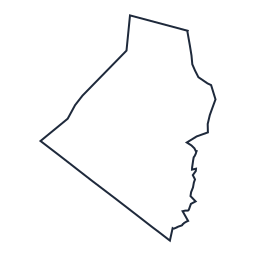 outline of Suleja, Niger, Nigeria
{"feature_id": "59680162B91872344495309", "entity_name": "Suleja", "entity_type": "district", "adm_level": 2, "iso_a3": "NGA", "parent_name": "Nigeria", "parent_adm1": "Niger", "projection": "orthographic", "projection_center": [7.183, 9.219], "detail": "fine", "context": "isolated", "style": "outline", "palette": "slate", "viewbox_px": 256, "rotation_deg": 0, "n_neighbors": 0, "source": "geoboundaries", "source_scale": "gbopen_adm2", "svg_char_len": 1008}
<svg xmlns="http://www.w3.org/2000/svg" viewBox="0 0 256 256"><path d="M169.9,240.6L172.6,228.3L173.1,228.7L173.5,228.5L174.0,228.6L175.1,228.1L175.6,228.0L176.6,227.4L176.9,227.4L177.4,227.0L178.9,226.4L181.3,225.6L182.2,225.2L182.5,224.5L182.9,224.0L183.3,223.9L184.1,223.0L186.3,221.7L188.1,220.9L187.7,220.2L182.6,211.2L185.3,210.6L187.9,210.6L188.8,209.8L190.9,203.9L195.6,201.4L190.5,196.1L191.1,192.2L193.0,187.4L193.9,182.4L195.0,179.4L192.8,175.1L195.8,171.0L196.0,168.7L192.0,169.6L192.1,167.5L192.8,162.8L193.1,160.6L193.7,157.3L194.6,156.1L195.8,153.6L196.2,152.1L196.6,151.1L195.7,150.9L194.4,148.3L191.4,145.4L186.8,142.5L196.7,136.4L207.9,132.4L207.7,124.0L209.8,115.1L211.7,109.8L215.5,99.4L211.1,85.1L207.5,83.4L198.4,77.2L195.0,70.5L192.3,64.3L191.5,55.6L189.9,45.7L187.4,31.6L187.7,30.8L130.0,15.4L126.5,50.6L82.5,95.6L75.1,105.1L67.7,118.7L40.5,141.0L58.8,155.0L91.2,180.2L115.7,198.8L132.0,211.4L152.5,227.3L158.5,231.8L169.9,240.6Z" fill="none" stroke="#1e293b" stroke-width="2"/></svg>